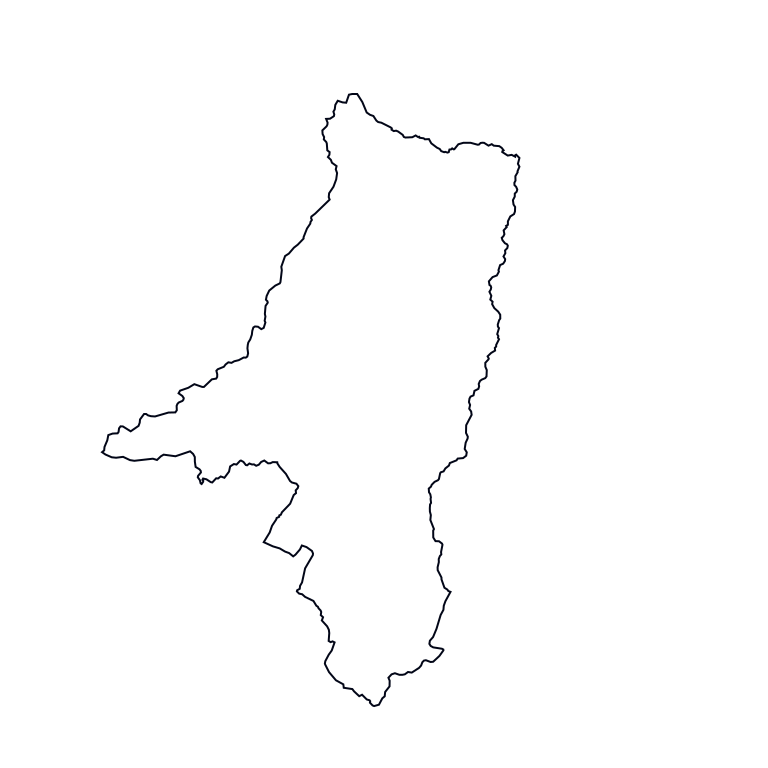 Erati, Nampula, Mozambique, rotated 129°
{"feature_id": "85939544B1665883546251", "entity_name": "Erati", "entity_type": "district", "adm_level": 2, "iso_a3": "MOZ", "parent_name": "Mozambique", "parent_adm1": "Nampula", "projection": "albers", "projection_center": [39.844, -13.887], "detail": "fine", "context": "isolated", "style": "outline", "palette": "ink", "viewbox_px": 768, "rotation_deg": 129, "n_neighbors": 0, "source": "geoboundaries", "source_scale": "gbopen_adm2", "svg_char_len": 6154}
<svg xmlns="http://www.w3.org/2000/svg" viewBox="0 0 768 768"><g transform="rotate(129 384 384)"><path d="M184.8,387.4L184.3,388.6L182.3,387.9L179.6,390.1L174.3,391.3L170.1,389.9L167.5,390.8L163.9,393.5L163.0,396.3L160.0,399.5L156.1,400.3L153.7,402.2L151.1,401.9L149.0,402.8L147.6,405.4L147.3,407.8L145.6,409.3L143.2,409.8L139.8,412.7L135.3,413.4L134.7,414.1L129.9,415.5L128.6,418.5L123.1,421.0L122.6,425.6L123.7,426.0L124.8,425.2L125.6,429.0L128.6,431.6L129.3,438.1L128.5,438.5L127.1,438.1L126.4,441.2L126.6,444.1L129.7,448.7L129.8,451.2L133.0,452.8L133.6,458.0L134.6,459.4L135.9,460.6L138.2,460.9L139.1,461.8L142.1,468.6L146.6,474.1L150.9,477.1L157.3,477.1L157.8,477.5L158.0,479.3L159.3,479.4L160.6,480.7L163.1,479.6L164.2,480.3L165.1,482.6L166.0,483.1L167.0,486.1L166.3,488.6L167.0,491.6L167.2,498.7L165.4,503.2L168.1,506.2L168.1,507.8L170.3,511.4L169.7,512.2L170.7,513.2L170.9,515.8L174.4,517.3L179.0,522.5L179.5,524.1L178.6,526.2L178.9,531.9L179.5,534.0L181.3,535.6L181.6,538.2L180.4,538.8L180.4,540.4L182.6,550.5L184.1,553.4L184.1,555.7L182.4,560.9L183.6,564.3L183.9,568.3L178.5,578.3L175.5,587.3L178.6,591.2L181.2,593.3L189.2,590.4L191.2,593.4L193.0,598.2L197.7,597.5L201.6,595.1L204.2,594.7L205.8,592.3L207.4,591.5L211.8,592.9L214.4,595.8L216.4,592.3L218.1,591.2L219.9,590.8L225.7,591.5L228.4,589.0L229.8,585.9L231.8,584.7L232.3,581.1L233.1,579.8L238.1,575.1L238.0,572.2L240.2,570.7L242.9,570.4L243.2,566.4L244.8,563.7L244.5,558.0L247.5,556.6L249.6,553.2L255.1,549.9L262.5,547.4L270.3,546.7L273.6,544.5L274.9,542.3L294.9,544.7L299.6,545.8L301.0,545.0L301.9,543.3L304.3,543.1L305.8,542.2L311.6,541.7L320.5,538.9L321.6,538.0L330.0,538.7L334.7,539.8L342.5,540.0L346.8,541.4L357.5,537.6L359.9,535.0L370.0,528.6L371.4,528.3L375.9,530.4L383.6,532.0L389.4,530.6L392.8,528.8L393.1,526.6L394.0,525.5L397.8,525.2L404.5,520.7L406.2,518.6L410.0,516.5L410.8,514.9L416.1,512.8L418.6,513.9L418.8,518.0L420.5,520.5L422.3,521.1L425.6,519.8L428.9,517.7L433.6,516.0L437.1,515.6L439.3,514.5L442.2,512.6L445.7,508.9L448.7,507.5L450.5,508.0L451.7,509.7L456.9,511.9L460.6,514.7L463.5,515.8L465.1,518.6L468.5,519.4L471.4,519.3L477.2,522.5L479.2,522.6L481.4,519.7L483.5,518.1L485.4,517.8L488.7,520.7L499.6,522.1L500.7,523.5L503.5,531.3L510.1,533.7L517.5,538.3L520.5,537.8L520.2,533.2L521.0,530.7L522.5,530.0L524.0,530.0L527.6,531.9L529.5,532.0L531.5,531.4L534.8,528.5L537.4,528.3L541.8,533.5L553.3,541.5L555.7,544.9L556.9,547.7L557.0,550.0L558.3,551.6L565.1,551.3L567.8,549.5L571.0,548.4L580.2,551.1L581.3,560.2L582.7,562.1L585.2,562.0L588.3,560.1L590.0,560.0L593.3,563.7L597.2,566.1L601.9,563.6L608.8,561.6L611.7,559.7L614.4,560.2L614.1,556.1L612.3,549.5L609.9,545.8L604.8,540.9L603.0,533.5L600.8,529.7L587.5,516.6L585.9,512.6L580.6,511.9L577.6,510.8L571.4,500.6L558.3,492.3L558.5,488.3L559.8,485.1L563.4,482.1L567.0,478.2L566.4,473.7L566.9,471.7L568.0,470.6L572.4,470.7L573.7,470.0L574.6,466.6L576.6,464.0L576.5,462.8L573.8,463.0L572.8,463.7L572.8,464.8L571.3,465.1L569.8,462.0L569.3,456.9L568.6,455.5L562.9,455.1L561.9,453.5L558.6,452.7L557.3,449.0L549.6,449.3L544.9,451.7L540.7,450.3L539.4,447.9L534.3,447.5L533.5,447.0L533.0,444.2L533.9,440.4L533.3,439.2L530.5,438.6L529.6,435.9L528.3,434.5L528.0,431.9L525.5,430.5L521.9,430.4L518.8,428.9L518.6,424.2L517.2,422.5L514.7,421.3L512.0,417.7L512.8,416.9L514.1,412.9L515.6,403.6L518.5,396.0L518.5,393.6L516.6,389.3L517.3,386.3L519.3,385.5L522.2,385.7L524.2,383.7L527.1,384.3L536.1,381.6L547.9,382.6L550.5,381.9L552.0,382.7L553.2,381.9L555.7,383.1L557.1,382.5L564.6,381.8L571.3,379.4L582.6,377.9L580.1,368.2L577.4,361.6L576.5,355.4L575.1,351.3L575.1,346.1L572.4,345.4L565.5,345.2L561.2,346.2L559.5,341.6L559.1,334.9L560.4,332.5L561.8,331.6L576.9,329.3L589.8,322.8L593.7,322.2L596.2,320.6L599.0,321.7L600.0,321.2L600.3,318.0L598.9,315.3L599.1,311.3L597.0,302.3L598.9,297.0L598.7,295.2L599.5,293.7L599.9,290.7L600.7,289.3L603.4,287.7L603.6,284.6L606.9,283.5L608.1,275.7L609.7,272.2L612.0,269.8L618.5,265.3L618.2,263.0L616.4,262.0L615.9,259.8L624.0,256.9L629.1,256.6L636.3,255.2L638.5,254.0L639.1,253.0L642.5,245.4L644.5,234.9L643.0,226.6L645.4,224.1L641.0,216.6L641.7,213.9L642.2,206.8L639.3,205.5L640.0,198.9L638.9,196.2L639.2,195.1L640.5,194.4L641.0,190.6L640.5,189.0L636.4,186.1L629.3,187.5L626.3,186.9L622.6,189.3L615.5,189.4L611.0,192.9L609.5,195.7L604.9,195.4L601.9,193.5L600.3,189.0L598.3,186.6L596.5,185.1L592.7,184.1L590.8,180.8L582.5,178.1L579.4,178.0L576.1,179.1L573.8,178.9L572.3,177.6L570.7,172.8L568.9,171.0L560.5,169.8L553.6,170.2L553.0,170.8L553.3,172.4L557.7,180.0L558.2,182.9L557.4,185.2L554.6,186.8L549.8,186.6L541.3,189.1L527.9,194.6L522.1,195.7L518.7,198.0L514.1,199.6L503.7,201.5L504.4,203.8L503.9,205.4L504.3,208.8L499.7,216.3L498.2,217.6L494.9,225.1L492.7,227.0L487.9,229.3L485.6,231.3L482.5,232.3L480.4,232.2L478.7,233.9L472.1,237.4L471.5,238.5L471.6,242.3L473.7,245.1L472.3,249.1L467.0,253.5L465.3,253.9L460.5,262.4L456.4,265.1L454.3,268.0L451.6,270.3L448.6,272.4L446.8,272.6L444.0,275.5L442.6,276.2L440.6,278.6L439.8,280.9L437.1,283.4L434.2,282.9L432.3,283.5L428.2,283.1L424.8,281.5L423.3,281.5L418.0,284.2L416.9,284.3L414.4,282.7L411.0,283.2L406.5,282.2L404.0,283.1L397.7,279.6L395.6,279.8L391.8,275.9L388.0,275.0L385.0,276.7L383.7,280.4L378.2,283.6L373.8,284.7L372.2,285.7L370.4,289.5L364.3,294.2L352.8,296.5L350.5,299.0L349.6,302.2L346.1,303.9L344.6,306.6L341.5,308.4L339.3,308.8L336.5,307.3L332.4,309.4L328.4,307.6L325.9,308.6L324.4,310.4L321.3,311.3L319.1,310.8L315.7,309.0L313.6,309.1L308.5,312.9L306.8,316.1L303.8,318.6L299.1,318.3L298.3,318.6L297.3,320.9L292.5,320.3L288.1,318.7L286.2,320.6L284.3,320.4L283.1,321.4L276.8,322.8L276.3,324.6L274.8,325.3L274.0,327.4L268.2,329.8L267.7,331.6L266.2,333.0L261.9,334.7L260.0,334.8L257.0,337.3L255.9,340.8L255.6,346.0L253.9,350.2L251.7,351.4L251.5,354.5L247.9,356.1L246.0,360.1L243.3,360.5L241.4,361.5L240.5,363.1L240.7,364.3L238.2,367.1L232.6,366.9L228.6,364.6L224.4,365.4L223.5,366.7L218.5,368.6L215.5,367.1L212.4,367.4L210.7,368.4L209.7,371.4L206.0,372.0L204.0,374.0L200.8,373.7L198.6,374.8L198.0,376.3L198.5,378.6L197.7,382.4L196.3,384.5L194.1,384.2L191.8,384.7L189.3,387.7L184.8,387.4Z" fill="none" stroke="#020617" stroke-width="2"/></g></svg>